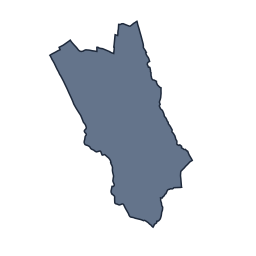 Thung Khru, Bangkok Metropolis, Thailand (Equal Earth projection), rotated 341°
{"feature_id": "78962969B48707733075976", "entity_name": "Thung Khru", "entity_type": "district", "adm_level": 2, "iso_a3": "THA", "parent_name": "Thailand", "parent_adm1": "Bangkok Metropolis", "projection": "equal_earth", "projection_center": [100.498, 13.625], "detail": "fine", "context": "isolated", "style": "filled", "palette": "slate", "viewbox_px": 256, "rotation_deg": 341, "n_neighbors": 0, "source": "geoboundaries", "source_scale": "gbopen_adm2", "svg_char_len": 5750}
<svg xmlns="http://www.w3.org/2000/svg" viewBox="0 0 256 256"><g transform="rotate(341 128 128)"><path d="M91.3,185.4L91.6,185.6L92.6,187.2L92.9,187.8L93.0,188.4L92.9,189.0L92.3,190.5L91.4,193.5L91.2,194.3L91.2,194.7L91.3,195.0L91.5,195.3L91.8,195.7L93.0,196.5L94.1,197.5L94.5,197.8L95.1,198.0L95.8,198.0L97.5,197.9L97.8,197.9L98.3,198.1L98.6,198.5L98.8,198.9L99.0,199.5L99.1,200.5L99.4,203.1L100.5,208.8L100.6,211.1L100.8,211.8L101.1,212.5L101.4,212.9L101.8,213.2L104.1,214.5L105.1,215.4L105.6,215.8L106.3,216.2L110.5,218.9L112.6,220.7L113.5,220.7L113.7,220.8L114.0,221.1L114.4,221.5L115.1,222.5L116.2,223.9L117.1,225.8L117.8,226.8L118.1,227.2L118.7,228.8L119.4,229.9L120.1,229.3L120.8,228.7L121.4,227.8L121.5,227.7L123.6,227.2L124.2,226.9L124.5,226.6L124.7,225.8L125.0,225.5L125.9,225.8L126.3,225.8L127.0,225.6L128.7,224.6L129.2,224.1L130.3,222.6L131.0,221.5L132.5,218.5L133.6,217.2L133.9,216.7L134.5,215.4L134.9,214.5L135.0,213.9L134.8,213.0L134.7,212.5L134.8,211.5L135.2,209.9L135.2,208.2L135.2,207.4L135.4,206.8L135.8,205.7L136.0,204.7L137.1,205.2L137.4,205.3L137.6,205.3L137.9,205.1L138.2,204.7L138.3,204.5L139.5,204.2L140.1,203.8L141.3,202.8L141.6,202.6L142.2,202.5L142.5,202.4L144.9,199.8L145.5,199.5L146.2,199.3L147.5,199.5L148.1,199.3L148.5,199.3L149.0,199.5L149.7,199.9L150.1,200.0L150.9,199.9L151.8,199.5L152.0,199.4L158.3,201.3L159.4,201.5L159.4,201.1L159.5,200.7L161.4,193.2L162.1,190.2L162.5,189.2L163.6,186.6L163.8,186.3L163.9,186.2L166.4,184.9L168.1,184.1L170.1,182.9L172.3,181.9L175.1,180.4L176.1,180.0L178.2,179.6L178.1,178.4L177.1,173.6L176.9,171.7L176.9,169.6L176.8,169.3L176.7,169.1L176.2,168.9L176.1,168.7L175.3,166.9L175.2,166.9L174.7,166.8L174.4,166.7L173.8,166.4L173.6,166.2L173.3,165.4L173.0,165.0L172.7,164.7L172.1,164.2L172.7,162.8L172.7,162.7L171.5,160.8L171.4,160.8L171.0,161.0L170.7,161.1L170.4,161.0L170.0,160.7L169.7,160.1L169.2,159.9L169.0,159.5L169.0,159.2L169.0,158.8L169.7,157.1L169.9,156.5L169.9,156.2L169.9,155.7L169.6,154.7L169.5,154.2L169.7,152.0L169.7,150.9L169.7,150.3L169.3,149.0L169.2,147.9L168.6,146.7L168.4,146.3L168.4,146.0L168.4,145.7L168.5,145.4L169.1,144.3L169.1,143.7L168.8,142.2L168.6,140.8L168.4,139.9L168.2,139.2L167.5,137.1L167.8,135.9L167.8,135.4L167.7,135.1L167.3,134.0L167.3,132.5L167.1,131.0L166.9,130.4L166.4,129.3L166.2,128.6L166.4,127.7L166.5,125.5L166.3,123.1L166.2,122.8L166.2,122.5L165.3,121.0L165.1,120.6L165.0,120.0L164.8,118.0L164.8,117.4L165.1,116.9L165.4,116.6L166.0,116.3L166.1,116.1L166.1,115.8L166.1,113.7L166.6,113.0L168.0,111.2L168.5,110.4L168.9,109.7L170.5,106.1L171.6,102.7L172.3,100.8L172.3,100.6L171.7,100.2L171.3,99.8L170.5,98.1L169.9,96.9L169.8,95.8L169.7,94.5L169.8,94.0L170.1,93.1L169.5,92.5L168.7,91.6L168.3,91.2L167.2,90.6L167.0,90.4L166.8,90.1L166.7,89.3L166.5,88.8L166.5,88.6L166.8,87.4L166.8,86.3L167.0,85.5L167.4,84.2L167.8,83.1L167.8,82.9L167.6,82.5L167.6,81.9L167.9,81.3L168.0,80.9L168.4,78.3L168.2,77.5L167.3,77.3L167.1,77.2L167.1,75.7L166.9,74.7L167.0,73.9L167.2,73.7L167.6,72.9L167.9,72.6L169.0,72.2L170.1,72.1L170.2,69.5L170.1,68.0L169.6,66.6L169.2,64.7L169.2,63.9L169.2,62.8L170.0,62.6L170.0,62.3L169.6,61.7L169.7,60.8L168.7,57.2L168.9,56.4L169.4,55.0L169.7,53.3L170.3,45.1L170.6,39.3L170.7,38.8L170.8,35.6L170.9,32.9L171.0,32.2L171.2,31.0L171.2,30.0L170.5,30.1L169.4,30.5L167.0,31.0L166.7,31.2L163.7,32.3L163.4,32.4L162.9,32.3L162.4,32.1L161.2,31.1L157.4,27.8L156.3,27.5L155.9,27.4L155.5,27.4L154.9,27.6L154.7,27.7L152.9,27.0L151.2,31.1L150.7,32.1L150.5,32.3L150.1,33.1L149.3,34.9L149.3,35.1L149.2,35.5L148.3,37.2L146.2,35.6L146.1,35.8L145.4,37.3L142.2,44.3L140.9,46.9L141.3,47.2L140.3,49.6L138.7,52.9L135.9,50.6L135.9,50.3L135.6,49.9L129.9,44.8L129.6,44.6L129.3,44.5L128.9,44.2L128.5,44.2L127.7,43.6L127.2,43.3L127.0,43.1L126.6,43.0L126.4,42.7L126.3,42.4L126.1,42.1L125.0,41.5L124.9,41.5L124.5,42.2L124.5,42.7L123.7,44.9L123.7,45.1L123.5,45.5L121.3,44.3L119.7,43.5L116.6,41.7L115.0,41.0L114.6,40.8L113.5,40.4L113.1,40.3L112.0,40.4L110.4,40.7L108.6,40.4L108.0,40.0L107.5,39.6L106.9,38.8L106.6,38.4L105.5,35.1L104.1,32.0L102.8,28.9L102.4,27.7L102.0,26.1L100.6,26.6L93.7,28.6L89.1,29.3L89.3,31.9L87.0,32.1L83.9,32.7L80.4,33.2L77.8,33.8L78.0,34.5L78.3,36.5L78.5,38.5L78.6,38.9L78.8,39.7L79.4,43.0L79.5,44.4L79.7,45.5L79.7,46.1L80.1,49.4L80.4,51.2L80.5,51.4L80.5,51.5L80.7,53.1L80.7,53.5L80.8,54.5L81.0,55.7L81.2,56.3L81.4,57.0L81.4,57.6L81.6,58.4L82.3,63.1L82.6,65.9L83.2,71.0L83.5,74.6L83.6,75.8L83.7,76.7L84.3,82.5L84.5,85.9L84.5,87.4L84.6,88.2L85.3,92.0L86.7,98.0L87.1,99.5L87.2,99.8L87.4,101.0L87.6,104.2L87.7,107.7L87.8,108.2L88.5,110.2L88.7,110.8L88.8,112.3L88.8,112.8L88.7,114.1L88.5,114.5L88.3,114.8L88.1,115.0L86.9,115.6L86.3,116.0L85.8,116.4L85.7,116.7L85.6,117.1L85.7,117.8L85.8,118.3L86.4,119.4L86.5,120.2L86.4,120.8L86.2,121.0L84.9,121.9L84.6,122.3L83.6,124.3L83.2,125.0L82.6,125.8L81.9,127.1L81.8,128.0L81.9,129.4L82.2,129.9L83.1,130.7L83.9,131.2L84.6,131.9L85.3,132.7L85.6,133.3L85.9,134.0L86.0,135.1L86.2,135.5L86.8,136.3L87.7,137.1L88.5,137.9L88.8,138.5L89.6,139.6L89.9,139.9L90.2,140.2L90.8,140.4L91.6,140.4L92.0,140.5L93.1,140.5L93.7,140.6L94.2,140.8L94.4,141.1L94.6,141.7L94.7,145.0L94.8,145.2L95.0,145.3L95.9,145.4L97.2,145.5L97.6,145.9L98.0,146.6L98.9,148.3L99.9,149.9L100.5,151.6L100.7,152.6L100.8,153.3L100.7,154.4L100.6,154.9L100.6,155.0L100.4,155.0L100.4,155.3L100.3,156.1L100.3,156.4L100.5,157.6L100.6,158.7L100.6,159.4L100.5,160.2L100.3,160.8L99.8,162.0L99.4,163.2L99.1,164.8L99.0,165.8L98.9,167.3L98.8,168.3L98.4,169.5L97.8,170.4L97.4,171.2L96.5,173.0L96.4,173.6L96.4,174.0L96.5,175.1L96.6,176.2L96.6,176.6L96.6,177.1L96.3,177.6L96.2,177.9L95.2,178.5L93.9,177.9L93.8,178.0L93.6,178.5L91.6,181.8L91.3,182.5L91.1,183.5L91.1,184.0L91.2,184.4L91.4,184.9L91.3,185.4Z" fill="#64748b" stroke="#1e293b" stroke-width="1.5"/></g></svg>